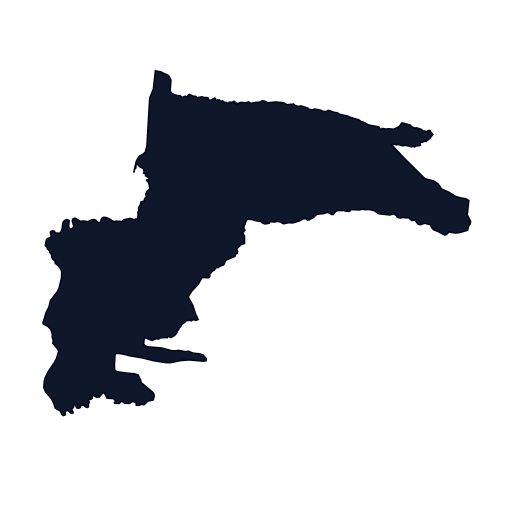 Popokabaka, Bandundu, Democratic Republic of the Congo (Albers equal-area conic projection), rotated 95°
{"feature_id": "63176286B47421332346835", "entity_name": "Popokabaka", "entity_type": "district", "adm_level": 2, "iso_a3": "COD", "parent_name": "Democratic Republic of the Congo", "parent_adm1": "Bandundu", "projection": "albers", "projection_center": [16.639, -5.513], "detail": "fine", "context": "isolated", "style": "filled", "palette": "ink", "viewbox_px": 512, "rotation_deg": 95, "n_neighbors": 0, "source": "geoboundaries", "source_scale": "gbopen_adm2", "svg_char_len": 6125}
<svg xmlns="http://www.w3.org/2000/svg" viewBox="0 0 512 512"><g transform="rotate(95 256 256)"><path d="M415.1,384.0L414.8,379.3L413.0,378.1L412.6,376.6L414.1,374.0L413.9,369.2L412.2,367.1L411.7,365.1L412.5,362.9L415.1,362.2L415.1,359.7L413.9,357.5L413.8,354.4L410.0,351.1L408.5,345.9L404.3,345.1L401.8,346.0L400.7,347.0L392.1,359.4L389.5,360.2L384.8,363.0L383.9,366.7L383.9,374.6L383.4,383.8L382.8,385.8L381.4,386.9L376.0,387.6L366.9,387.8L365.3,387.2L365.1,383.0L365.7,376.6L366.3,374.5L367.3,361.6L369.3,348.4L370.1,336.7L369.8,332.0L366.9,322.5L365.4,313.7L365.4,299.7L364.8,296.6L362.4,296.6L359.0,300.4L358.3,304.6L358.2,310.4L356.7,315.2L357.4,317.7L356.8,324.8L357.6,329.3L357.6,332.0L355.8,342.5L355.9,356.3L354.6,359.3L353.0,360.3L346.9,360.1L349.2,352.1L347.3,348.6L347.1,345.5L346.0,344.5L345.1,338.7L345.2,337.3L343.6,336.2L343.4,335.4L344.5,334.7L344.7,333.6L342.0,329.8L338.7,327.9L337.2,327.9L336.1,326.6L334.4,326.2L331.9,324.3L330.7,324.1L328.1,321.0L326.5,319.8L325.9,316.3L326.3,314.8L325.2,313.5L324.9,312.3L325.5,310.4L324.3,308.1L317.8,311.7L310.9,314.5L303.1,319.7L301.5,319.6L296.3,316.7L289.1,311.0L282.2,308.0L281.9,301.6L281.4,300.7L280.1,300.1L278.5,300.6L275.4,298.6L273.6,296.3L271.2,294.8L270.8,292.6L269.1,290.7L267.9,287.8L266.9,287.0L263.7,286.1L262.5,285.1L258.2,276.9L255.6,276.3L254.8,274.9L253.0,274.7L251.6,275.5L249.9,275.4L247.6,273.1L246.5,272.9L244.5,268.5L236.7,269.2L235.9,270.2L233.7,270.9L231.1,269.2L229.6,270.6L226.9,270.4L224.9,269.5L223.2,269.4L220.0,267.8L220.1,262.9L221.0,258.3L221.1,254.5L222.5,252.6L223.3,249.9L222.3,245.8L221.3,245.5L220.5,244.6L220.6,240.6L219.7,237.6L220.1,233.8L221.1,232.7L221.5,231.0L220.0,226.5L219.9,222.3L217.3,215.8L214.8,212.0L214.4,210.1L215.7,207.9L215.5,206.2L214.1,204.8L213.4,202.8L209.2,199.1L207.8,191.9L206.7,189.9L206.4,188.1L208.2,184.0L207.8,182.6L205.7,181.3L203.8,179.4L203.0,172.5L203.5,170.1L203.4,166.7L201.5,165.3L201.1,156.7L200.2,154.8L200.3,150.9L199.8,147.5L200.7,141.7L203.2,137.9L203.5,126.4L202.0,122.4L203.6,119.6L204.9,118.8L205.5,117.3L205.5,114.7L204.8,113.0L205.0,109.2L204.4,107.6L207.1,103.9L206.6,101.7L206.9,100.4L209.9,97.7L210.5,96.2L210.3,94.2L208.7,91.1L209.6,85.2L210.2,84.4L211.9,83.9L214.3,81.5L215.7,77.0L218.7,69.9L218.2,68.3L215.7,66.3L215.3,65.3L215.8,59.4L215.0,55.4L211.9,47.4L208.1,46.9L205.0,45.3L202.8,45.2L196.7,49.1L182.2,48.8L180.6,52.1L180.3,56.9L179.2,62.3L175.6,69.5L173.1,76.9L168.3,80.8L165.6,85.8L164.6,92.8L163.8,94.9L145.3,117.2L133.6,130.3L132.5,127.3L133.1,125.8L132.5,124.1L133.5,119.6L132.7,116.8L133.7,110.7L133.1,108.7L133.5,107.4L132.3,106.0L132.0,103.2L131.2,101.8L129.1,102.7L126.9,97.4L127.0,96.5L123.3,92.8L119.6,90.5L116.0,93.6L115.7,94.7L117.2,96.7L116.7,99.4L117.1,100.7L115.5,102.1L114.3,107.1L114.7,109.3L113.7,112.1L112.1,113.7L110.6,121.8L110.9,122.6L113.6,123.9L115.6,126.2L117.7,129.9L117.6,134.9L118.2,137.3L117.9,141.6L119.2,142.2L118.5,143.5L116.6,145.0L115.6,155.4L113.6,159.5L112.7,163.3L111.3,165.5L109.4,175.0L108.6,176.6L107.4,185.6L106.3,187.1L106.0,191.0L104.7,195.6L104.7,197.1L106.0,198.7L106.0,202.2L105.1,204.1L104.4,210.4L105.5,212.6L105.1,216.6L104.1,217.2L102.5,224.1L103.4,226.8L102.4,230.6L101.3,231.9L102.6,238.2L100.9,242.1L100.8,249.8L102.4,258.0L101.1,260.0L100.8,262.5L101.1,263.9L102.2,264.9L103.2,270.9L104.4,274.4L103.1,276.7L104.3,279.8L104.2,284.0L104.6,285.6L106.3,287.6L106.3,288.1L105.4,288.3L105.3,289.1L106.0,290.1L105.8,290.8L103.9,290.6L103.8,291.5L105.2,293.3L104.8,294.8L105.3,296.3L106.4,296.3L106.6,297.0L105.5,299.0L105.7,300.9L104.2,302.9L105.1,304.7L103.8,305.9L103.7,307.4L104.4,309.3L104.0,310.1L102.5,310.1L102.4,311.2L104.9,315.1L104.5,317.3L102.8,317.2L102.4,318.6L102.6,321.4L102.1,323.8L103.4,328.5L102.2,330.0L102.2,332.8L100.8,336.4L101.9,337.8L103.3,337.1L103.6,338.1L103.0,340.6L104.1,342.5L104.1,343.9L102.9,345.5L103.0,348.3L102.5,350.9L101.4,353.7L100.2,355.4L98.2,355.9L88.4,356.0L87.2,356.5L83.8,359.0L80.9,366.8L80.2,372.4L98.7,372.8L107.9,375.7L156.0,374.3L162.1,375.3L164.5,377.5L166.2,380.3L168.9,382.3L172.3,383.6L181.9,384.9L183.6,384.9L180.2,384.5L178.7,383.3L175.8,383.6L175.3,383.2L175.1,382.0L177.7,379.0L178.3,376.6L179.3,375.4L180.7,375.5L181.6,374.6L183.3,375.2L184.0,372.9L185.7,373.1L187.5,369.3L189.2,369.9L189.6,371.4L190.2,371.6L192.2,369.4L197.3,367.8L199.1,368.1L200.9,370.2L203.2,371.0L204.5,371.1L206.8,370.3L208.5,372.0L210.9,372.2L212.3,375.4L214.6,375.6L218.2,377.2L220.6,376.6L222.4,377.4L227.3,377.0L230.1,377.9L229.6,378.8L229.9,379.5L230.5,379.6L229.5,384.7L231.4,390.8L233.3,392.3L233.4,398.1L234.1,400.6L231.6,405.7L230.7,408.6L230.7,411.3L231.5,412.6L233.0,413.4L235.4,413.7L236.4,414.7L236.4,416.0L235.4,417.8L234.2,418.7L233.8,420.5L234.2,422.5L236.4,426.7L236.1,431.4L236.9,433.5L234.0,439.6L235.2,441.9L237.7,442.0L241.7,440.3L243.7,440.5L245.3,442.7L244.5,444.6L242.8,445.2L237.0,445.2L236.1,447.2L236.6,448.7L238.2,450.7L240.7,451.4L245.4,451.5L249.0,452.4L250.4,453.4L250.5,457.7L248.7,459.3L248.6,461.1L249.6,462.7L250.3,462.9L254.2,461.7L255.6,462.6L256.9,465.4L258.0,466.2L264.0,466.8L265.3,465.0L266.9,464.5L268.9,462.2L270.2,461.9L272.5,459.8L275.2,459.4L277.0,458.0L278.3,456.0L280.9,455.2L282.9,452.2L286.2,449.1L289.4,448.1L295.1,447.9L305.6,449.5L308.7,450.7L318.3,456.9L325.0,457.9L330.2,460.1L341.1,462.4L342.2,462.1L344.5,456.8L347.4,453.8L351.7,452.1L355.1,451.9L357.0,450.7L360.7,450.8L365.4,446.0L367.8,444.3L375.4,445.8L379.8,447.6L389.4,453.0L395.3,455.3L398.9,456.0L405.4,456.0L409.6,453.8L416.4,447.0L420.4,444.7L425.0,442.8L425.1,442.1L426.3,440.6L426.9,438.2L428.3,436.8L430.8,435.6L431.8,434.0L430.8,432.0L427.9,432.4L426.7,431.6L426.2,430.4L428.8,426.4L428.3,424.5L427.1,424.7L425.4,426.2L424.1,425.9L422.7,424.7L419.9,424.2L420.1,422.9L422.9,421.4L423.2,419.6L422.5,418.1L420.7,417.6L419.8,416.2L419.9,414.5L420.9,413.3L421.7,411.0L421.0,409.9L418.0,410.0L416.4,409.3L415.4,409.8L415.2,410.8L414.2,410.8L412.9,407.7L412.0,406.7L408.7,406.8L410.5,402.9L410.2,399.9L406.0,396.8L405.4,395.3L410.7,391.9L410.5,386.2L411.0,384.8L412.4,383.6L413.7,383.6L414.4,384.3L415.1,384.0Z" fill="#0f172a" stroke="#020617" stroke-width="1.5"/></g></svg>